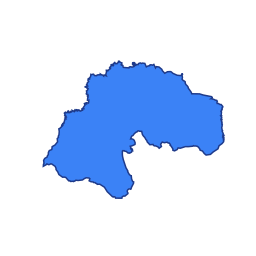 the district of Suhum Municipal, Eastern, Ghana, rotated 329°
{"feature_id": "2480657B2570339807900", "entity_name": "Suhum Municipal", "entity_type": "district", "adm_level": 2, "iso_a3": "GHA", "parent_name": "Ghana", "parent_adm1": "Eastern", "projection": "natural_earth1", "projection_center": [-0.399, 6.043], "detail": "fine", "context": "isolated", "style": "filled", "palette": "blue", "viewbox_px": 256, "rotation_deg": 329, "n_neighbors": 0, "source": "geoboundaries", "source_scale": "gbopen_adm2", "svg_char_len": 5783}
<svg xmlns="http://www.w3.org/2000/svg" viewBox="0 0 256 256"><g transform="rotate(329 128 128)"><path d="M154.2,65.9L153.5,66.8L152.0,66.9L151.7,67.2L150.2,66.3L150.5,65.1L150.3,64.9L147.7,65.8L147.2,66.4L147.7,66.8L147.3,67.0L147.0,66.7L147.0,65.3L145.9,65.2L145.8,66.1L144.3,66.4L143.3,66.9L143.5,67.6L143.8,67.8L143.5,68.1L142.3,68.0L140.3,68.6L139.9,67.7L139.2,67.4L139.1,68.1L138.8,68.1L138.7,68.6L136.3,70.9L136.2,72.0L135.1,70.5L134.5,70.7L134.3,70.4L133.9,70.9L133.5,69.5L132.9,69.1L132.1,67.4L131.7,68.1L129.5,66.9L128.7,66.7L128.1,67.0L126.5,66.0L126.2,65.1L126.2,64.3L125.9,63.9L124.3,63.5L123.8,62.9L123.0,64.0L122.0,64.9L121.2,65.1L120.3,66.2L119.6,65.2L119.3,65.3L119.2,65.9L118.9,65.8L118.3,66.3L118.2,67.9L116.3,68.4L116.0,68.9L114.8,69.5L114.8,69.9L115.2,70.3L115.1,71.3L114.2,71.0L113.6,71.4L113.3,70.7L112.6,70.5L112.4,70.8L113.5,72.0L113.7,72.6L113.3,73.1L113.6,73.5L113.9,73.1L114.1,73.7L112.9,74.6L112.1,74.9L111.5,74.8L110.9,76.4L110.0,77.0L109.8,77.4L110.1,77.9L110.8,78.4L110.7,79.5L110.3,79.8L109.7,79.6L109.5,80.1L109.8,80.9L109.0,81.4L107.5,83.3L107.9,83.8L108.7,84.0L107.1,86.2L106.7,86.2L105.7,85.1L105.0,84.9L104.7,85.9L104.4,85.6L104.7,84.8L103.2,84.6L102.9,86.2L100.1,87.5L100.1,88.6L99.0,87.9L98.3,87.9L98.2,88.7L98.6,89.0L98.2,89.4L97.1,88.9L96.2,89.2L95.0,87.9L95.4,87.6L95.1,87.1L94.7,87.1L93.5,86.0L93.4,86.6L93.9,87.0L93.3,87.3L91.9,85.1L91.3,85.6L91.4,86.1L90.3,86.3L90.3,85.5L90.0,85.5L89.2,84.2L89.0,84.8L88.1,85.1L88.1,84.7L87.3,84.2L86.9,84.6L86.7,84.2L85.9,84.8L85.1,84.3L85.5,82.6L85.1,82.6L84.6,83.4L84.4,83.2L84.1,83.6L83.2,83.3L82.7,82.5L81.9,82.6L82.0,82.3L81.4,82.4L81.4,82.7L81.1,82.7L81.1,83.8L80.3,84.5L80.7,85.0L80.6,85.4L80.9,85.5L80.7,86.3L81.2,86.4L80.8,86.5L80.8,86.9L80.5,86.9L80.3,86.3L80.1,86.6L79.6,86.3L79.3,87.1L79.8,87.1L79.7,87.5L79.2,87.6L79.5,87.8L79.5,88.2L78.8,87.8L75.9,90.3L75.9,90.6L75.3,90.5L75.0,91.1L74.4,91.2L74.1,90.8L73.6,91.5L72.8,91.3L72.3,91.9L72.6,92.2L72.2,92.4L72.4,92.5L69.4,93.2L68.3,93.1L67.3,95.5L65.3,98.3L64.0,99.1L63.6,100.2L61.9,100.6L60.5,103.6L56.6,105.0L53.4,104.9L51.6,107.2L48.9,106.8L47.2,107.9L45.9,109.8L44.6,110.3L43.8,111.2L40.9,111.2L39.0,112.3L37.8,115.0L36.9,115.5L35.7,117.2L39.3,117.3L40.0,117.0L41.0,118.5L42.0,118.9L43.3,118.9L44.1,119.6L45.8,123.4L45.5,125.6L44.9,126.6L45.2,129.4L44.8,132.3L46.6,136.5L48.0,137.2L49.2,138.3L49.9,142.4L50.1,142.9L50.9,143.2L51.2,144.2L53.5,145.4L53.8,145.9L54.6,145.8L55.0,146.1L56.4,145.9L58.2,147.3L62.3,149.1L64.4,148.9L66.5,149.1L68.8,150.8L69.2,151.8L67.5,153.2L68.5,154.9L70.4,156.4L70.5,157.1L71.7,157.9L71.9,158.8L72.6,159.6L72.6,160.4L74.9,161.7L77.3,166.6L77.4,171.9L79.3,178.9L79.9,179.2L79.9,179.6L81.0,180.0L81.4,180.8L81.2,181.7L86.6,185.0L87.4,184.1L88.1,184.0L89.1,184.0L90.3,184.8L94.1,184.2L94.5,183.7L94.5,182.3L95.1,181.4L96.1,180.8L97.3,180.7L98.1,181.1L98.8,181.9L99.2,181.8L100.5,180.6L104.2,178.3L105.1,177.1L104.5,176.4L104.6,175.0L104.9,173.4L106.2,170.6L105.9,170.4L105.2,168.7L105.2,165.3L105.7,164.9L105.8,161.0L107.7,152.6L108.8,149.3L109.7,147.5L111.3,144.9L112.1,144.8L112.4,145.3L113.2,145.6L113.4,146.4L114.4,147.1L115.2,149.6L116.1,149.9L116.4,150.4L118.6,150.5L119.6,149.6L120.2,150.0L120.8,148.4L120.7,148.0L120.5,147.5L119.8,147.8L119.6,147.1L120.5,145.7L120.5,144.8L122.6,145.4L125.5,145.7L126.5,144.4L127.0,141.8L126.6,140.4L125.5,139.1L124.6,138.7L126.2,137.4L127.4,136.8L128.5,137.0L130.2,136.2L132.8,135.7L133.6,136.0L134.6,135.6L135.5,135.8L136.3,136.8L138.0,137.9L137.0,141.0L137.1,143.1L137.5,144.6L137.4,147.3L137.7,148.2L137.3,149.8L138.1,153.6L141.0,155.0L140.9,155.9L141.3,156.8L142.5,157.6L143.9,159.5L144.3,161.4L147.1,161.1L147.6,158.7L150.1,157.7L151.5,159.3L154.2,160.3L154.7,161.6L155.5,162.0L155.8,164.0L155.2,164.4L155.6,165.7L155.7,168.9L155.0,170.3L156.2,171.6L159.1,171.8L160.6,170.9L162.5,172.3L167.6,173.5L170.2,175.1L174.2,177.0L174.9,176.8L175.4,177.5L176.7,178.2L177.9,179.3L178.5,180.7L178.7,182.8L178.4,184.2L180.0,186.1L180.2,189.1L181.0,191.4L185.1,193.1L188.8,192.4L194.4,192.2L196.9,190.1L200.6,189.8L202.9,189.0L203.3,188.5L203.6,187.4L204.2,187.5L204.3,186.6L204.7,186.4L204.4,185.5L204.8,185.6L204.8,185.2L205.3,185.2L205.0,184.1L205.9,184.0L205.7,183.2L206.4,183.3L206.1,182.6L206.7,181.9L207.1,179.2L207.7,178.9L207.6,178.4L208.6,175.8L209.7,174.8L210.3,173.8L210.4,173.2L210.7,173.2L210.7,172.6L211.3,172.1L211.2,171.6L211.7,170.9L211.5,170.6L212.3,169.6L211.9,169.2L212.0,168.8L212.8,169.0L212.8,168.4L213.2,167.9L212.9,167.8L214.0,166.9L213.7,165.3L214.5,165.4L214.4,165.1L216.2,162.7L216.3,161.6L216.9,161.5L217.1,161.0L218.0,160.8L217.9,160.4L218.7,160.0L218.7,159.6L219.2,159.0L220.2,158.8L220.3,158.1L219.9,155.8L218.9,155.2L218.1,153.5L217.1,152.9L217.6,151.6L218.3,151.1L218.3,150.0L217.4,149.3L216.0,147.2L215.5,146.9L215.2,146.3L214.3,145.7L215.4,145.7L215.8,145.4L216.0,145.1L215.7,144.1L209.5,138.5L206.9,135.6L200.3,131.5L200.6,129.5L200.2,124.9L200.6,124.0L200.5,122.3L200.0,120.6L200.2,118.9L200.8,118.0L200.6,117.0L199.8,115.8L199.5,114.0L200.7,112.7L201.6,110.4L202.3,110.2L202.5,109.5L202.1,109.3L200.7,110.3L200.3,110.3L197.3,108.1L194.6,104.2L194.0,102.2L193.3,101.4L190.8,100.1L187.7,100.0L187.0,96.8L187.2,95.1L186.0,91.7L183.9,90.0L182.5,90.7L182.9,86.8L181.4,86.8L180.7,86.0L179.5,85.2L178.7,85.7L176.8,85.1L175.2,85.0L175.7,81.3L173.8,79.8L172.7,79.6L172.1,78.6L171.5,78.4L170.3,78.2L169.3,78.9L167.7,77.7L167.0,78.3L166.0,77.7L165.8,77.2L166.0,76.7L167.2,76.4L167.3,75.9L167.1,75.2L166.1,74.6L165.6,74.5L165.3,74.9L165.9,74.9L165.9,75.4L165.1,75.2L164.8,75.5L164.9,77.4L165.4,78.2L164.7,78.4L162.8,77.9L161.9,76.9L160.6,76.4L159.8,77.0L155.4,73.8L155.2,73.2L155.8,71.8L155.5,71.1L154.8,70.8L154.7,70.3L155.5,70.1L156.3,69.0L155.0,67.5L155.1,66.8L154.7,66.0L154.2,65.9Z" fill="#3b82f6" stroke="#1e3a8a" stroke-width="1.5"/></g></svg>